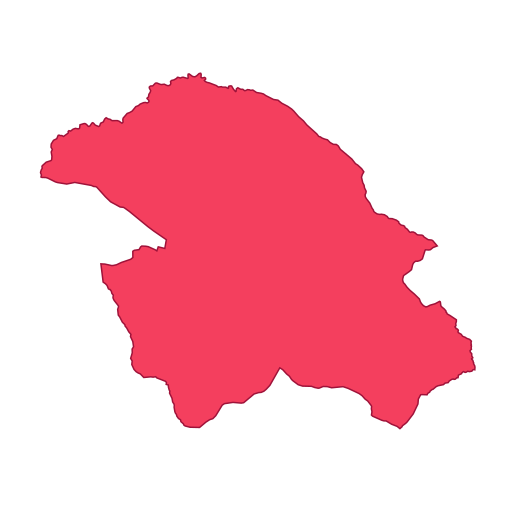 the district of Macanal, Boyacá, Colombia, rotated 263°
{"feature_id": "7082276B95267343444415", "entity_name": "Macanal", "entity_type": "district", "adm_level": 2, "iso_a3": "COL", "parent_name": "Colombia", "parent_adm1": "Boyacá", "projection": "mercator", "projection_center": [-73.296, 4.981], "detail": "fine", "context": "isolated", "style": "filled", "palette": "rose", "viewbox_px": 512, "rotation_deg": 263, "n_neighbors": 0, "source": "geoboundaries", "source_scale": "gbopen_adm2", "svg_char_len": 6095}
<svg xmlns="http://www.w3.org/2000/svg" viewBox="0 0 512 512"><g transform="rotate(263 256 256)"><path d="M243.9,437.1L249.7,433.3L250.4,432.3L251.2,428.9L254.3,425.2L255.9,424.2L256.5,423.2L257.2,419.2L257.8,418.2L259.5,416.8L260.6,415.1L260.9,413.5L260.6,412.4L261.1,411.3L264.2,409.4L266.0,407.4L267.4,407.1L268.2,406.1L268.8,404.3L269.4,403.4L271.3,401.8L272.5,401.8L274.5,399.7L276.5,395.7L277.0,392.5L278.0,391.6L279.1,391.2L281.3,388.5L282.2,385.5L282.2,383.9L282.7,382.2L283.1,381.2L285.0,379.0L285.9,378.3L287.3,378.1L289.4,377.0L294.6,375.4L299.3,372.6L301.5,371.7L303.6,371.8L305.2,372.8L306.9,373.2L310.4,372.0L313.1,371.9L315.7,370.9L321.3,370.3L323.8,371.4L326.4,373.3L329.8,371.5L333.9,368.0L335.5,366.0L340.6,362.9L351.6,352.7L355.2,351.1L356.9,349.4L357.4,346.4L359.6,343.4L362.6,341.1L363.7,338.4L365.0,336.0L366.3,334.5L367.1,332.8L369.8,331.2L379.9,322.4L384.3,319.6L389.2,315.2L395.3,311.1L397.5,309.3L400.8,305.6L404.5,300.2L408.0,296.8L409.2,292.5L414.0,285.3L415.9,283.2L416.9,280.9L418.2,276.5L421.1,273.1L421.1,270.8L421.7,269.9L422.2,267.8L421.5,266.1L421.5,264.8L423.1,263.2L423.3,261.2L425.2,258.5L424.4,257.0L421.8,256.2L421.7,255.7L424.2,254.0L427.7,252.5L428.0,251.3L427.9,249.9L427.5,249.4L426.1,249.2L425.8,248.7L427.3,246.5L427.7,243.3L428.3,242.3L428.3,239.2L430.0,237.4L433.5,230.8L434.4,228.3L435.7,226.6L436.6,226.1L437.7,227.6L438.7,227.6L439.5,226.8L439.3,224.2L439.9,223.2L443.0,223.7L444.0,223.5L444.2,223.1L444.0,221.7L442.1,219.1L441.3,217.2L441.9,215.0L444.8,211.9L444.9,211.0L443.9,210.5L441.1,210.4L440.7,210.1L440.6,209.6L442.3,205.6L442.4,204.5L441.9,202.6L442.9,200.3L442.9,199.7L442.0,198.9L440.8,196.0L440.5,193.4L439.5,192.4L437.7,192.5L437.0,192.2L436.4,191.8L435.7,190.3L436.0,188.6L437.7,185.9L437.7,182.9L438.1,181.8L439.8,178.7L439.8,177.2L437.4,174.2L437.6,172.3L437.4,171.6L436.6,170.6L435.2,170.7L433.2,171.6L432.4,171.4L431.2,170.8L429.6,169.4L426.9,168.6L426.0,167.1L425.6,167.0L423.8,168.4L422.7,168.7L421.7,168.1L421.2,166.6L421.9,164.9L421.9,163.0L420.9,159.5L419.6,157.6L418.9,154.9L414.9,150.7L413.8,148.1L413.2,145.5L409.0,140.9L407.4,140.4L405.3,140.4L404.4,139.7L404.3,138.9L406.5,136.5L407.3,134.8L407.9,129.6L409.5,127.8L410.0,126.1L411.5,124.1L410.4,122.5L407.7,120.8L406.7,117.9L404.2,116.7L403.7,115.6L405.5,112.4L407.7,110.9L408.2,110.1L407.9,109.3L405.3,107.0L405.0,105.9L405.2,105.3L407.4,103.7L408.3,102.4L408.4,101.3L407.7,97.3L405.1,96.7L404.3,96.4L403.9,95.6L403.9,94.9L404.7,92.3L404.2,89.9L402.6,87.2L403.2,85.6L402.5,84.7L401.4,84.8L400.8,84.4L398.1,79.5L399.2,78.0L399.4,76.3L400.0,75.2L399.8,74.3L396.7,72.5L395.5,69.1L392.1,66.4L389.0,65.8L386.5,66.8L384.2,65.4L379.8,65.6L376.7,65.0L375.9,64.5L375.6,63.8L374.7,59.2L371.7,54.9L371.1,54.5L369.1,54.5L367.7,53.4L365.5,52.4L364.8,52.3L362.6,52.9L360.6,52.2L360.1,53.0L359.5,56.9L358.8,58.6L354.0,65.9L353.1,67.9L350.5,76.9L351.1,85.1L346.1,101.2L344.8,103.3L344.4,105.3L343.8,106.3L333.2,113.7L327.5,118.3L321.2,127.1L320.4,130.5L319.4,131.7L315.6,135.8L298.4,152.2L293.2,157.6L283.1,169.0L274.6,166.4L277.0,160.1L273.2,158.2L274.6,156.5L278.4,150.2L279.1,147.9L279.8,143.9L279.1,142.6L276.6,140.7L276.5,135.9L275.7,134.3L269.5,133.6L268.0,131.2L266.0,121.6L264.3,116.5L264.0,113.1L264.1,111.6L266.4,105.0L267.1,101.1L248.7,101.1L246.8,103.2L244.9,104.6L241.4,105.5L240.6,106.5L240.5,107.2L238.6,108.1L236.4,108.4L234.5,109.6L232.4,109.0L231.2,109.1L229.2,109.8L223.2,113.4L222.2,113.3L219.9,112.2L214.1,112.1L212.1,113.3L206.6,115.3L203.8,117.5L202.5,117.5L200.3,118.9L196.2,120.5L193.5,122.3L191.3,121.6L186.1,123.3L180.8,123.4L178.7,121.7L175.0,121.4L169.6,119.1L166.9,120.3L163.4,119.5L158.3,121.1L155.8,122.9L154.3,124.7L153.1,126.8L149.1,129.8L148.9,136.8L148.3,139.2L148.4,141.7L147.1,142.7L142.6,151.0L141.2,151.7L139.5,151.2L138.7,153.2L136.5,153.1L133.6,153.5L132.5,154.0L130.4,153.5L125.0,155.3L121.3,155.5L118.9,156.6L117.9,156.7L115.8,156.3L111.4,156.5L109.8,156.9L108.4,157.7L106.7,157.9L104.1,159.3L102.7,161.1L100.7,161.3L98.4,163.4L96.8,163.9L95.9,165.0L94.1,169.6L92.7,179.1L97.2,186.0L99.2,190.1L99.8,193.3L102.4,196.6L112.1,204.3L113.3,206.7L113.5,215.3L111.8,223.4L111.9,225.9L119.3,237.3L120.1,242.0L120.0,244.5L120.8,247.3L122.4,249.8L125.9,254.0L142.1,266.0L139.9,268.7L135.2,272.0L132.6,274.5L129.2,276.2L127.7,277.4L123.1,282.2L121.2,286.4L119.9,295.2L118.3,298.3L117.2,301.6L117.2,302.8L118.3,306.7L117.7,310.8L116.0,315.0L115.7,326.5L113.4,331.3L106.9,341.6L104.5,344.2L100.6,346.9L98.5,349.2L93.4,352.2L92.5,352.4L90.3,351.9L87.2,352.1L84.1,351.2L82.8,352.2L77.6,360.9L76.8,362.8L76.4,365.1L72.5,370.1L69.7,375.3L67.1,377.8L68.7,380.1L69.7,380.7L71.6,384.1L72.8,385.7L80.1,392.8L89.4,398.7L94.2,399.7L98.2,402.5L98.2,403.9L97.4,408.9L98.7,409.7L99.7,411.8L100.7,412.4L102.1,414.7L102.1,415.4L104.4,418.9L105.0,420.8L105.5,426.4L106.8,428.2L106.9,431.3L108.4,432.6L109.7,435.3L109.9,436.8L109.4,437.5L109.5,438.9L110.6,440.3L110.6,441.7L113.1,442.4L114.1,445.6L114.7,445.9L115.9,447.5L116.0,447.9L115.0,449.3L115.0,450.2L115.8,452.1L115.2,453.8L115.4,456.2L116.5,457.3L116.8,458.3L116.4,459.3L119.0,459.8L120.4,459.7L122.5,458.8L123.3,459.1L123.8,458.8L125.5,458.6L126.6,458.2L127.0,457.6L127.8,457.5L128.4,458.7L128.8,458.8L130.2,458.0L132.8,458.2L134.6,457.0L136.0,456.9L137.2,458.5L138.3,458.3L140.4,458.9L141.3,458.5L141.7,458.9L143.6,458.8L145.2,459.4L147.2,457.9L148.7,454.9L149.6,454.1L151.2,451.2L153.2,450.2L155.2,447.6L156.1,447.2L157.5,447.8L158.3,447.5L159.2,446.7L159.4,445.8L160.5,445.5L161.4,444.8L162.5,446.0L164.6,446.0L166.6,446.9L168.3,447.1L173.3,441.3L175.2,438.7L176.4,438.4L177.3,437.7L178.0,437.9L178.7,437.6L180.6,436.3L182.8,434.2L184.1,433.4L187.3,433.4L188.1,433.3L188.6,432.7L186.8,428.0L186.0,422.9L184.9,419.9L184.8,418.3L186.3,416.1L188.7,414.4L190.5,413.6L193.5,412.9L199.1,408.4L203.1,404.7L206.6,402.1L210.1,400.2L211.3,399.2L213.1,398.7L215.1,398.7L218.6,400.1L221.8,406.1L223.5,408.7L228.4,410.5L230.1,411.7L231.4,413.7L231.1,415.8L231.6,418.5L232.9,420.8L241.0,424.5L241.5,424.9L240.9,428.3L241.0,429.9L242.8,432.7L243.9,437.1Z" fill="#f43f5e" stroke="#9f1239" stroke-width="1.5"/></g></svg>